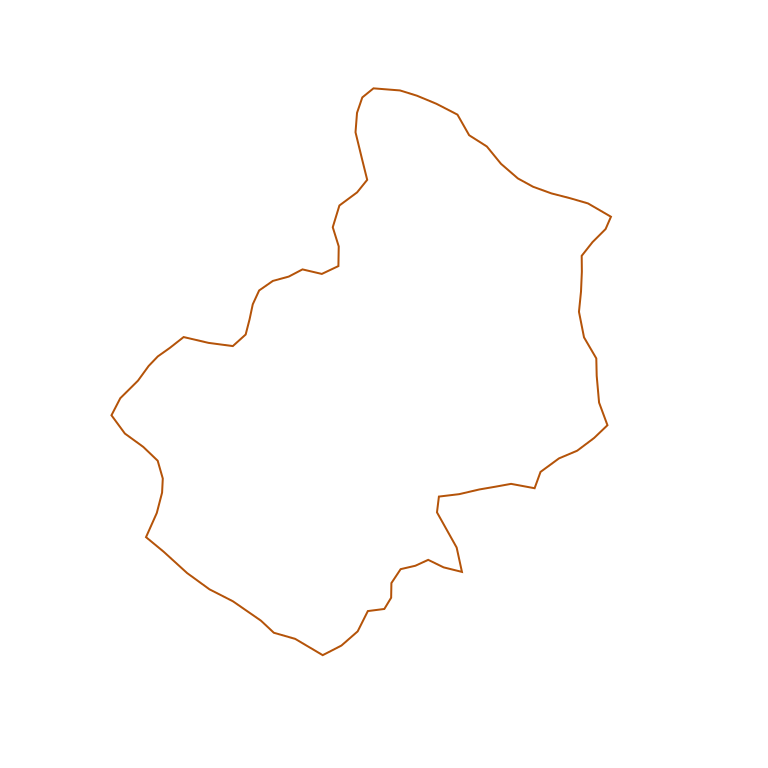 the district of Pingo d'Água, Minas Gerais, Brazil, rotated 126°
{"feature_id": "56859067B13072007558116", "entity_name": "Pingo d'Água", "entity_type": "district", "adm_level": 2, "iso_a3": "BRA", "parent_name": "Brazil", "parent_adm1": "Minas Gerais", "projection": "equal_earth", "projection_center": [-42.425, -19.742], "detail": "fine", "context": "isolated", "style": "outline", "palette": "amber", "viewbox_px": 768, "rotation_deg": 126, "n_neighbors": 0, "source": "geoboundaries", "source_scale": "gbopen_adm2", "svg_char_len": 1258}
<svg xmlns="http://www.w3.org/2000/svg" viewBox="0 0 768 768"><g transform="rotate(126 384 384)"><path d="M115.3,298.7L118.0,325.1L124.3,342.6L131.4,360.6L136.8,379.3L139.0,396.5L137.1,418.8L131.4,440.4L132.7,461.3L122.9,482.9L126.5,506.3L131.4,526.8L137.1,543.6L151.0,566.3L164.9,570.0L180.5,565.2L197.1,555.0L214.5,534.5L228.7,517.6L244.8,518.4L265.8,525.0L287.3,517.6L299.3,501.5L315.4,490.2L331.5,499.0L339.2,517.3L353.1,524.2L365.9,534.5L381.7,540.0L396.7,537.0L410.6,530.8L425.3,525.0L442.2,528.6L453.9,550.2L463.8,573.7L480.4,578.4L494.6,583.2L507.7,585.0L525.9,585.0L550.5,589.0L569.5,586.1L576.4,564.5L576.4,541.8L579.1,522.0L590.5,507.4L602.3,499.7L621.9,492.0L647.8,486.5L649.2,463.8L652.7,432.0L652.7,404.5L648.6,378.5L647.8,344.5L650.0,326.9L642.4,306.0L639.4,274.2L620.6,264.7L599.6,259.9L577.2,263.6L565.8,251.5L552.7,252.6L540.7,261.0L524.0,261.7L512.6,251.8L500.3,244.9L497.3,228.0L490.2,210.5L473.6,229.1L456.7,265.7L442.8,273.4L428.9,258.4L413.3,244.9L401.6,233.5L390.1,222.5L379.8,200.9L363.1,205.7L341.3,198.7L324.4,188.5L304.2,182.3L286.0,179.0L272.6,199.1L252.4,216.7L238.5,227.3L228.7,249.6L211.0,268.7L193.5,278.9L176.9,289.9L164.1,299.4L146.6,298.7L128.4,295.8L115.3,298.7Z" fill="none" stroke="#b45309" stroke-width="2"/></g></svg>